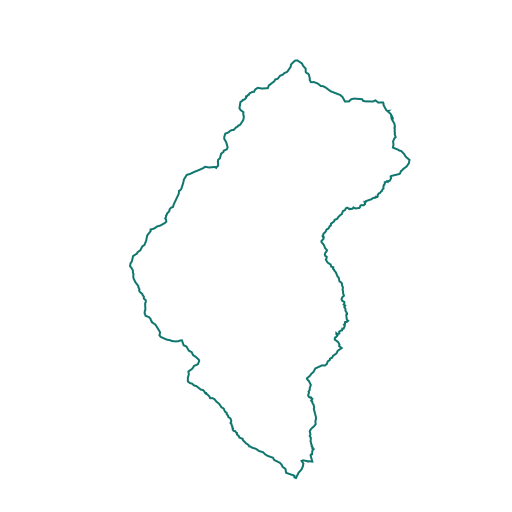 Maneciu, Prahova, Romania (Natural Earth projection), rotated 18°
{"feature_id": "2599482B82003070175979", "entity_name": "Maneciu", "entity_type": "district", "adm_level": 2, "iso_a3": "ROU", "parent_name": "Romania", "parent_adm1": "Prahova", "projection": "natural_earth1", "projection_center": [25.967, 45.402], "detail": "fine", "context": "isolated", "style": "outline", "palette": "teal", "viewbox_px": 512, "rotation_deg": 18, "n_neighbors": 0, "source": "geoboundaries", "source_scale": "gbopen_adm2", "svg_char_len": 6097}
<svg xmlns="http://www.w3.org/2000/svg" viewBox="0 0 512 512"><g transform="rotate(18 256 256)"><path d="M373.1,434.1L369.6,428.9L369.5,427.9L370.6,427.3L369.7,423.5L370.5,421.9L369.0,421.4L369.1,420.5L367.8,420.0L367.7,418.8L366.6,417.9L366.1,416.5L365.2,415.5L364.4,412.0L362.7,410.6L363.0,409.1L361.4,406.4L361.3,405.2L362.1,402.9L363.9,399.8L364.7,397.6L363.5,394.7L363.4,392.2L362.5,390.2L358.2,383.5L358.3,382.4L356.8,379.8L354.9,378.2L354.5,377.0L353.2,376.6L353.8,374.6L352.0,374.1L352.4,373.7L352.1,373.5L349.9,373.7L348.6,372.3L348.6,369.6L347.9,368.7L348.5,366.6L347.9,365.1L348.0,361.7L345.0,358.6L342.8,357.5L342.2,356.7L344.4,353.1L345.0,351.0L346.5,348.5L347.2,344.6L352.6,339.6L355.3,338.9L356.7,336.9L356.8,334.1L358.3,332.2L358.1,330.7L359.8,329.2L360.2,327.0L362.6,323.9L363.0,320.9L365.9,317.1L362.9,316.0L362.9,314.7L360.9,312.6L356.7,311.1L356.3,309.2L357.3,308.3L358.0,306.4L356.6,305.6L356.3,304.6L357.9,305.3L358.1,304.6L359.2,303.9L358.5,302.2L359.5,300.9L360.8,300.2L360.5,298.4L361.7,298.1L362.0,296.2L362.0,294.9L360.9,294.1L361.7,293.1L361.1,291.4L362.8,290.6L363.6,289.1L362.1,288.6L360.1,284.3L360.0,283.6L360.5,283.2L360.3,282.4L357.9,280.3L357.4,278.5L355.7,277.3L356.2,275.6L354.4,275.1L354.7,274.1L354.2,272.4L351.8,271.9L350.8,270.9L350.7,268.8L351.9,266.6L350.2,264.3L349.6,262.3L348.8,261.5L348.4,259.1L346.6,256.9L346.3,255.7L345.3,254.9L343.3,254.4L341.3,251.0L340.0,250.4L336.9,246.8L335.0,245.7L334.4,244.8L333.2,244.4L333.0,242.8L330.8,242.9L329.7,241.1L326.1,240.1L323.5,237.8L323.8,236.5L323.5,234.9L321.7,234.4L320.9,233.1L321.0,231.4L321.7,229.7L321.7,228.5L319.3,227.2L317.3,224.7L313.9,222.4L313.6,221.5L314.8,219.1L314.8,217.8L314.5,217.0L313.6,217.1L313.1,216.3L313.5,215.4L313.2,214.1L314.6,211.6L315.0,208.8L316.4,207.6L316.9,204.8L317.8,204.0L317.3,202.2L319.6,198.9L319.6,197.3L321.8,195.5L322.1,193.8L323.6,190.9L324.6,189.7L324.8,186.3L326.4,185.0L326.8,182.7L328.0,181.8L330.2,182.6L330.6,182.0L331.5,182.1L333.2,181.2L333.7,179.7L335.6,180.1L339.3,178.5L339.7,177.9L339.8,175.6L340.9,174.9L342.6,174.6L343.7,172.9L342.5,171.0L343.6,170.8L343.6,169.8L348.2,166.4L349.5,164.6L351.5,163.7L351.5,162.7L352.7,162.7L353.2,162.3L353.3,161.6L352.9,160.6L353.4,158.6L354.4,157.8L354.9,156.2L355.6,155.4L355.7,153.6L356.4,152.4L355.8,151.0L355.6,149.0L356.0,148.7L356.1,147.3L355.7,146.1L356.6,145.6L357.4,144.3L358.5,144.8L358.7,144.0L359.9,143.1L360.5,140.2L359.5,138.9L359.7,138.2L367.2,133.6L367.6,132.3L367.6,130.5L368.7,129.0L368.8,128.2L371.6,124.3L372.7,120.5L372.3,117.2L367.7,115.3L365.3,113.2L361.7,111.3L359.4,111.4L358.6,111.0L352.7,110.6L352.3,107.4L351.0,104.9L351.2,101.6L352.1,99.8L350.1,97.0L350.2,96.1L349.2,94.4L349.0,92.7L348.0,91.5L348.3,90.3L346.7,87.4L342.6,83.6L342.2,82.8L343.4,83.5L343.7,83.1L343.1,82.1L340.3,79.4L336.7,77.7L337.1,77.1L336.2,77.5L334.8,77.0L330.6,73.0L330.3,71.8L329.3,70.7L324.9,72.3L321.4,71.1L319.6,72.9L312.3,75.1L310.0,75.4L308.5,74.1L300.9,75.9L298.6,77.1L297.4,78.6L296.9,80.1L292.9,81.6L289.2,78.1L286.2,76.8L276.2,76.3L269.7,74.1L267.1,73.8L265.1,74.3L261.4,72.9L257.6,72.7L254.5,73.7L252.6,71.9L252.4,70.7L250.4,67.4L249.5,66.6L247.6,66.3L246.4,65.6L245.3,62.4L241.9,60.5L240.3,58.7L234.8,57.2L232.7,58.2L230.5,62.2L230.2,63.4L230.5,65.4L228.8,71.1L226.2,73.6L225.5,75.2L223.2,77.1L221.9,80.7L219.7,82.2L219.4,84.2L215.5,89.8L215.4,92.7L209.9,94.9L205.8,95.5L205.0,96.3L203.8,97.9L203.3,100.5L201.8,101.1L199.5,103.4L199.4,104.8L198.5,105.5L198.2,106.8L197.2,107.3L197.7,108.7L196.7,110.7L195.1,111.8L195.1,112.6L193.6,114.3L194.6,120.6L196.3,122.0L199.6,123.1L200.1,125.3L201.3,126.9L201.9,130.4L200.5,135.7L200.0,136.7L198.9,137.3L198.5,138.6L197.2,140.0L195.8,143.0L193.9,143.8L192.3,145.6L191.8,146.8L189.0,149.1L189.0,152.5L189.6,154.4L192.5,157.0L195.4,161.3L195.3,163.5L192.8,165.8L192.9,167.1L191.2,169.5L191.5,174.2L190.3,176.1L190.5,177.8L192.1,181.8L191.4,183.2L190.5,183.7L190.7,184.4L188.9,184.2L184.1,186.3L179.9,186.9L178.9,188.5L174.8,192.2L171.6,194.8L167.6,198.6L165.1,200.2L163.8,205.5L164.2,209.0L164.2,215.5L163.6,216.9L162.7,217.7L163.3,220.9L161.8,232.3L161.9,235.0L160.5,236.1L159.6,237.6L159.4,238.6L159.7,240.1L158.3,243.1L158.4,244.3L157.9,245.6L158.4,246.7L158.1,248.5L159.2,249.1L160.1,251.1L159.0,252.9L155.6,256.6L152.3,258.9L152.1,259.6L150.2,261.7L147.5,263.4L148.1,264.9L146.2,270.1L146.8,275.3L146.5,279.9L144.9,282.0L144.2,286.4L142.3,288.8L142.0,290.5L139.1,294.1L139.5,298.1L139.5,300.2L138.9,301.7L139.4,304.7L141.2,305.8L143.3,307.7L144.2,310.1L145.1,311.0L145.5,313.2L146.5,315.2L149.4,318.2L153.6,321.1L153.7,322.0L155.4,323.6L155.5,324.9L156.6,326.1L159.6,327.2L160.1,328.1L161.9,329.3L162.5,331.2L164.7,332.0L165.4,333.8L165.2,335.4L167.4,341.3L167.2,342.4L167.8,345.1L168.6,345.7L169.4,347.0L173.1,347.2L175.1,348.4L176.4,350.1L177.1,350.4L177.3,351.1L181.5,352.3L187.3,357.2L188.5,358.6L188.6,361.2L190.4,362.4L196.9,363.1L200.7,362.6L201.8,362.9L205.6,362.2L208.6,361.0L210.1,359.7L211.6,359.1L214.8,363.3L217.7,363.5L221.4,366.8L224.5,367.3L226.9,369.8L229.2,370.3L233.5,372.2L234.4,373.3L234.2,376.8L230.9,379.9L230.7,381.5L229.9,383.4L227.4,386.7L228.7,389.3L228.8,392.8L230.0,396.4L232.5,397.3L234.5,397.1L237.3,398.3L239.4,398.1L244.7,400.1L247.0,399.9L248.7,400.7L249.7,401.9L250.8,401.7L251.2,402.6L252.3,402.6L255.0,403.9L256.3,405.4L258.2,404.7L260.6,404.9L263.3,406.7L266.7,408.0L269.8,410.5L272.4,411.1L274.6,413.6L276.6,414.2L277.0,415.5L278.7,416.4L279.3,417.6L282.0,418.5L283.3,420.2L283.6,421.4L283.3,422.2L283.6,423.0L284.6,423.3L285.5,425.0L286.2,425.3L286.4,426.4L287.5,427.1L287.3,428.1L287.7,428.5L288.7,429.2L290.2,429.0L291.9,430.2L292.6,430.2L293.1,431.7L295.1,432.4L296.2,433.8L299.8,434.0L300.5,435.2L304.1,437.1L307.1,438.0L308.4,439.2L309.4,438.9L311.5,439.5L315.5,439.4L319.3,440.6L323.2,440.4L326.0,441.8L328.8,442.5L334.5,442.6L336.3,444.4L342.6,445.3L344.8,446.5L346.4,448.3L349.7,449.3L351.7,452.9L360.4,453.1L360.9,454.6L362.6,454.8L363.5,448.8L365.1,445.4L365.6,441.8L365.2,438.8L362.7,436.8L363.9,435.8L368.3,435.2L368.9,435.5L369.7,434.9L373.1,434.1Z" fill="none" stroke="#0f766e" stroke-width="2"/></g></svg>